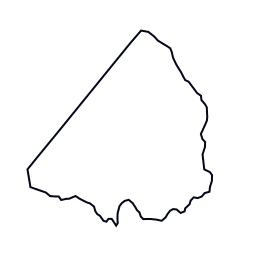 Pariconha, Alagoas, Brazil (Albers equal-area conic projection), rotated 100°
{"feature_id": "56859067B9061057080980", "entity_name": "Pariconha", "entity_type": "district", "adm_level": 2, "iso_a3": "BRA", "parent_name": "Brazil", "parent_adm1": "Alagoas", "projection": "albers", "projection_center": [-38.028, -9.246], "detail": "fine", "context": "isolated", "style": "outline", "palette": "ink", "viewbox_px": 256, "rotation_deg": 100, "n_neighbors": 0, "source": "geoboundaries", "source_scale": "gbopen_adm2", "svg_char_len": 1293}
<svg xmlns="http://www.w3.org/2000/svg" viewBox="0 0 256 256"><g transform="rotate(100 128 128)"><path d="M29.8,132.0L42.8,139.8L60.7,149.8L142.1,195.1L171.9,211.9L186.2,219.8L203.2,213.8L205.8,197.7L208.6,192.8L208.1,188.1L207.5,184.3L210.5,181.3L208.5,176.5L207.8,173.5L206.1,171.0L204.1,167.8L206.0,163.5L207.5,158.7L208.4,155.8L208.8,152.5L211.3,147.8L215.5,145.8L218.1,143.4L219.5,140.2L221.5,138.2L223.7,136.0L224.0,133.0L220.9,131.5L220.3,128.3L222.9,125.8L226.2,122.7L223.4,121.6L218.5,122.8L213.6,123.4L209.9,123.1L206.4,122.8L203.0,121.0L200.3,118.5L198.6,114.8L201.1,110.5L204.4,107.3L207.4,104.8L209.1,102.1L213.0,100.0L215.1,97.1L214.4,94.1L213.7,90.1L213.3,83.9L213.5,78.7L209.6,75.5L205.8,74.1L202.2,72.2L200.0,69.5L199.8,66.0L202.5,61.4L200.3,57.8L197.2,57.7L194.6,55.8L192.3,54.1L188.6,53.7L184.9,51.3L184.9,47.2L182.7,43.5L178.8,41.2L176.6,36.7L171.6,37.0L165.6,36.2L159.9,37.0L157.2,39.7L155.5,45.7L141.1,50.0L133.4,48.9L128.4,49.6L125.9,52.8L121.3,55.2L111.4,52.6L107.0,51.6L103.7,51.8L94.0,54.0L91.2,56.3L87.7,60.6L83.6,61.7L81.6,66.0L71.9,76.3L70.9,80.0L67.8,82.5L63.9,85.4L61.0,88.1L57.8,90.9L54.9,93.1L51.0,95.8L45.8,98.0L42.2,100.2L40.6,103.8L39.0,108.0L36.7,113.8L33.6,117.7L31.9,120.7L29.8,124.7L29.8,132.0Z" fill="none" stroke="#020617" stroke-width="2"/></g></svg>